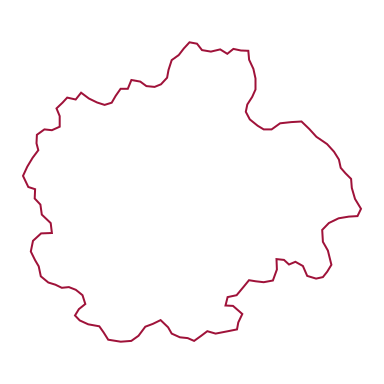 the district of Coronel Pacheco, Minas Gerais, Brazil
{"feature_id": "56859067B41803653618931", "entity_name": "Coronel Pacheco", "entity_type": "district", "adm_level": 2, "iso_a3": "BRA", "parent_name": "Brazil", "parent_adm1": "Minas Gerais", "projection": "mercator", "projection_center": [-43.291, -21.602], "detail": "fine", "context": "isolated", "style": "outline", "palette": "rose", "viewbox_px": 384, "rotation_deg": 0, "n_neighbors": 0, "source": "geoboundaries", "source_scale": "gbopen_adm2", "svg_char_len": 1722}
<svg xmlns="http://www.w3.org/2000/svg" viewBox="0 0 384 384"><path d="M331.4,264.8L327.9,250.6L322.9,241.8L322.2,229.9L328.9,223.0L338.6,218.3L348.9,216.6L357.5,216.1L361.0,208.8L355.0,198.9L351.8,187.9L351.1,178.9L345.4,173.2L340.7,167.8L338.9,159.5L334.0,151.7L327.1,144.1L316.4,136.8L309.3,129.0L301.5,121.5L291.2,122.1L280.1,123.3L271.6,129.4L263.7,129.4L257.6,125.7L249.8,119.4L245.8,111.8L247.3,104.5L252.2,96.9L255.5,89.5L255.5,78.5L253.4,68.9L249.1,59.7L248.3,50.8L240.9,50.5L233.4,48.9L227.3,53.8L220.2,49.4L210.9,51.6L202.0,50.1L197.0,43.7L189.5,42.3L183.8,48.5L178.8,55.0L171.7,60.1L168.5,70.0L167.1,77.7L161.0,84.3L154.6,86.9L146.4,86.1L140.3,81.6L131.4,80.0L127.8,88.8L120.6,88.8L115.7,95.8L111.7,102.7L104.6,104.9L97.1,102.5L88.9,98.5L81.1,92.7L75.7,99.5L67.2,97.6L62.5,102.7L56.5,108.4L59.7,116.1L59.7,126.7L51.9,130.2L44.4,129.4L36.9,134.8L36.5,143.3L38.3,150.2L32.6,157.8L27.3,166.6L23.0,175.9L28.3,187.0L35.1,189.2L34.7,198.5L40.4,204.6L41.8,214.6L50.7,223.1L51.9,233.0L41.1,233.4L33.0,240.8L30.8,251.5L35.1,260.2L38.7,266.3L40.8,276.3L48.3,282.5L55.4,284.7L61.8,287.8L68.9,287.1L75.8,289.8L82.5,295.2L85.3,304.0L78.9,309.1L75.0,315.5L79.7,320.4L88.2,324.3L99.3,326.3L103.6,332.4L108.2,339.7L120.7,341.7L131.3,340.9L138.5,335.8L145.3,326.7L152.8,323.9L160.6,320.1L168.1,327.3L171.7,333.6L179.9,337.3L187.7,338.1L194.1,340.9L201.2,335.8L207.3,331.2L215.6,333.6L228.0,331.2L237.0,329.4L238.3,322.4L242.3,314.0L233.0,305.9L225.5,305.5L227.6,297.1L236.6,295.2L243.7,286.7L249.0,280.2L255.8,281.3L263.7,282.2L272.9,280.5L276.9,269.5L276.5,259.1L284.0,259.9L289.0,264.5L295.4,261.8L302.9,266.0L307.2,275.9L316.1,278.6L322.9,277.1L327.2,271.7L331.4,264.8Z" fill="none" stroke="#9f1239" stroke-width="2"/></svg>